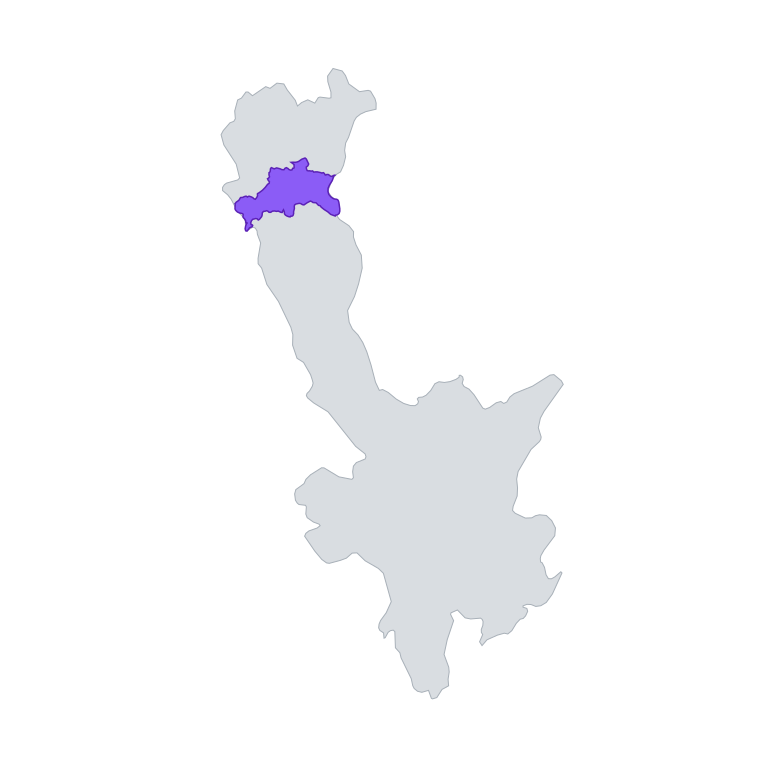 where Saravan sits in Laos, rotated 194°
{"feature_id": "LAO-3281", "entity_name": "Saravan", "entity_type": "Province", "adm_level": 1, "iso_a3": "LAO", "parent_name": "Laos", "parent_adm1": "", "projection": "natural_earth1", "projection_center": [106.351, 15.91], "detail": "fine", "context": "in_parent", "style": "filled", "palette": "violet", "viewbox_px": 768, "rotation_deg": 194, "n_neighbors": 0, "source": "natural_earth", "source_scale": "10m", "svg_char_len": 6416}
<svg xmlns="http://www.w3.org/2000/svg" viewBox="0 0 768 768"><g transform="rotate(194 384 384)"><path d="M283.1,98.2L286.3,104.7L301.1,122.3L303.6,127.1L309.1,130.8L313.6,146.4L315.5,147.4L318.0,146.3L319.9,144.1L321.5,138.1L322.5,137.4L324.2,142.4L328.4,143.9L330.2,146.1L330.7,149.8L330.1,153.7L326.5,162.6L324.3,174.6L338.8,200.2L344.9,203.7L359.5,207.9L369.4,213.6L374.0,212.2L378.4,205.9L383.7,202.3L393.6,196.8L396.4,196.5L401.9,198.7L410.7,205.1L424.2,217.1L423.7,220.2L421.3,223.3L414.0,228.1L411.7,231.1L413.1,232.3L419.1,233.0L426.2,235.7L428.4,238.9L429.6,246.0L430.8,247.3L437.4,246.5L439.4,247.5L441.8,249.8L444.1,255.7L444.0,260.2L437.5,268.0L436.7,272.6L433.3,278.2L424.3,287.6L421.9,288.1L405.3,283.0L392.1,283.7L391.0,285.7L393.2,291.3L393.8,296.9L391.8,301.1L384.1,306.7L383.9,309.1L385.4,311.6L396.4,316.6L431.6,343.5L447.6,348.6L454.7,352.0L456.5,353.9L456.4,356.2L454.6,359.2L453.0,364.5L453.0,367.7L454.6,370.7L457.5,375.3L467.3,385.5L474.6,387.9L482.1,399.6L484.4,409.9L488.1,416.5L506.4,438.6L521.7,452.2L530.8,466.9L535.2,470.2L536.6,475.5L537.8,491.0L543.1,498.7L544.2,501.8L546.5,504.1L549.1,504.5L554.5,499.5L555.5,500.2L558.0,508.4L560.2,511.3L568.3,516.4L576.9,526.2L581.5,529.8L587.4,532.6L588.2,535.7L587.1,538.8L585.3,540.9L575.3,546.6L573.9,549.0L580.6,561.6L597.2,577.2L602.4,586.5L601.3,591.0L596.7,600.1L593.3,602.5L592.4,605.4L594.9,612.8L594.7,624.2L591.5,626.9L588.6,633.9L586.5,634.4L581.4,631.9L570.7,643.9L566.1,643.3L560.7,650.0L553.8,650.9L549.0,645.9L538.8,637.9L535.2,632.8L532.0,637.2L526.7,641.3L519.1,639.8L517.1,645.9L515.6,646.9L506.4,648.0L504.7,648.9L506.1,654.4L511.6,663.7L513.2,669.1L509.8,677.8L500.3,677.6L496.0,674.0L490.7,666.6L478.5,661.7L470.4,665.1L467.9,664.9L461.8,658.7L459.6,654.7L458.2,648.7L467.5,643.9L472.2,640.1L475.3,636.1L476.6,632.0L478.1,614.7L479.5,608.6L478.7,601.1L476.2,595.2L476.2,586.4L477.5,579.3L481.1,575.7L483.5,570.6L485.0,559.0L483.9,556.1L480.4,553.2L474.6,550.6L470.9,547.2L469.4,543.1L469.6,539.5L471.3,536.4L466.9,532.9L456.3,529.1L450.4,524.5L449.2,519.2L444.8,512.2L437.2,503.6L433.2,491.2L432.9,475.0L433.8,461.7L437.1,446.5L432.7,435.4L427.9,429.6L421.1,425.3L414.6,419.1L408.5,411.1L401.2,399.3L392.7,383.7L387.0,376.7L384.0,378.3L377.8,376.8L368.4,372.3L360.2,369.9L353.2,369.5L348.6,370.5L346.5,372.9L346.3,375.3L348.1,377.6L347.1,379.4L343.4,380.7L340.4,383.3L337.1,389.0L334.7,396.6L331.2,399.5L325.8,400.1L320.5,402.3L315.3,405.9L312.8,408.7L313.1,410.6L311.9,411.0L309.4,409.9L308.2,407.5L308.3,403.5L305.7,400.9L300.3,399.6L294.1,395.4L282.3,384.5L279.6,384.1L275.7,386.9L270.6,392.9L266.4,395.3L263.1,394.1L260.5,396.2L258.7,401.8L255.4,406.1L239.4,417.8L225.0,432.8L221.4,434.2L212.7,430.0L210.0,427.0L222.1,396.2L224.0,388.7L223.7,378.9L218.7,370.6L218.5,368.2L219.3,365.7L225.5,356.1L232.7,331.5L232.3,323.9L229.3,315.5L227.7,307.5L229.1,296.6L228.7,292.4L225.4,290.3L214.5,288.1L208.2,289.9L205.2,292.8L201.5,294.7L194.7,295.7L188.2,292.0L182.8,285.8L181.6,278.1L188.5,261.7L190.3,255.3L190.1,252.3L189.0,249.2L187.3,248.8L183.9,244.9L180.6,238.1L177.4,234.9L174.4,235.5L171.6,238.1L167.0,244.6L165.6,243.7L169.8,221.0L173.7,211.3L178.2,206.8L182.9,204.9L187.9,205.6L192.0,204.8L195.4,202.4L195.1,201.1L191.1,200.8L189.6,198.2L190.5,193.3L192.2,190.2L195.0,188.7L197.7,183.9L200.3,175.6L203.4,171.4L207.0,171.3L213.3,167.7L222.2,160.7L225.6,153.9L228.9,157.0L227.6,164.8L229.4,166.5L230.2,169.3L229.7,173.7L230.4,177.5L231.7,179.3L233.6,180.2L243.0,177.0L248.7,176.7L258.1,182.5L263.6,178.2L263.7,176.6L259.2,171.2L260.8,151.2L260.3,136.1L252.7,124.9L251.1,120.4L250.4,113.0L248.3,106.8L253.8,101.7L256.9,92.5L260.8,90.2L262.0,90.5L266.7,97.5L272.7,94.0L277.2,94.0L281.1,95.9L283.1,98.2Z" fill="#d9dde1" stroke="#a8b0b8" stroke-width="1"/><path d="M474.6,551.8L473.8,551.6L473.0,551.2L472.3,550.3L471.7,549.2L469.4,543.6L468.7,541.0L468.8,538.6L470.2,536.8L471.4,536.3L472.0,535.9L472.4,535.4L472.3,535.2L476.8,535.7L480.3,537.5L484.2,538.8L487.9,540.5L488.4,541.0L489.0,541.5L490.8,541.5L493.7,543.4L496.8,542.9L498.2,543.5L499.7,543.7L502.4,541.3L505.0,538.4L506.6,538.3L508.3,538.9L510.0,538.8L513.0,537.3L514.1,536.1L514.0,534.4L513.4,532.7L513.4,529.2L512.9,527.5L513.0,525.7L513.4,525.0L514.1,524.5L515.1,524.3L515.3,523.8L515.5,523.4L517.3,523.3L519.2,523.6L520.6,524.1L521.7,525.0L522.5,527.1L523.7,528.7L524.1,527.4L524.3,525.8L525.4,525.6L528.5,526.2L530.0,525.5L532.1,525.4L534.1,524.7L535.4,523.2L537.1,522.8L538.5,523.6L539.9,523.7L540.9,523.0L542.7,522.3L543.5,520.7L543.1,518.4L543.2,516.8L544.7,513.6L545.7,512.7L547.0,513.6L548.5,513.5L551.3,512.0L552.1,510.3L552.3,508.2L551.6,506.6L550.9,506.5L550.2,506.5L549.8,506.2L549.9,505.6L549.9,505.1L550.2,504.5L551.8,503.4L552.4,502.7L552.7,501.5L553.9,499.2L555.3,499.2L556.3,501.0L556.5,503.8L556.2,506.0L556.0,506.4L555.8,506.7L555.8,507.1L556.1,507.3L556.5,507.2L556.8,506.9L557.0,506.9L557.7,508.8L558.3,509.6L559.3,510.5L560.7,511.4L561.1,511.8L561.4,512.5L561.6,514.0L561.7,514.5L562.3,515.0L563.1,515.1L565.1,515.0L567.3,515.3L568.2,515.6L568.3,515.7L569.4,516.3L570.5,517.2L571.0,518.1L571.7,521.8L572.0,522.6L572.2,522.9L572.1,523.0L571.3,524.8L570.1,526.1L569.0,527.7L568.7,529.0L568.3,530.2L566.2,530.9L564.8,532.1L563.3,532.9L561.7,532.4L561.2,533.0L560.4,533.6L558.4,533.5L556.4,533.1L555.1,532.3L553.6,532.1L552.7,533.9L552.2,536.0L552.6,537.0L552.8,538.1L552.2,538.7L551.5,539.3L548.8,542.6L546.8,546.0L545.2,549.7L544.0,550.9L544.1,552.5L545.6,553.6L546.7,555.0L545.9,555.8L545.2,557.3L546.2,559.1L546.7,561.3L546.3,561.7L545.9,562.4L545.9,563.3L546.1,564.2L546.2,565.7L545.6,566.7L542.6,566.2L540.5,567.7L537.0,567.7L534.9,567.3L532.9,567.7L532.3,569.3L531.1,570.3L529.4,569.9L528.0,569.1L526.4,568.9L525.1,569.5L524.8,571.2L524.1,571.4L523.5,572.0L524.4,575.2L527.7,576.6L525.9,577.2L523.8,577.6L522.2,578.3L520.7,579.3L518.2,582.2L515.3,584.2L513.8,583.5L510.3,579.2L510.7,577.2L511.9,575.7L511.3,574.0L510.2,572.5L508.9,572.5L507.6,572.9L506.2,572.9L504.8,573.5L503.4,572.6L501.9,573.2L499.9,573.7L496.2,573.8L495.7,573.6L495.1,573.7L494.6,574.1L493.9,574.4L493.3,574.1L492.6,573.7L492.1,573.1L491.6,572.6L490.9,572.8L490.3,573.4L488.9,573.8L487.6,573.4L486.2,572.7L484.6,572.9L483.7,574.0L482.4,574.7L482.2,574.7L482.9,573.9L483.2,572.7L483.3,569.8L483.6,568.3L485.0,564.1L485.6,560.5L485.0,557.3L483.4,554.6L480.8,552.7L478.3,551.7L477.0,551.5L474.6,551.8Z" fill="#8b5cf6" stroke="#5b21b6" stroke-width="1.5"/></g></svg>